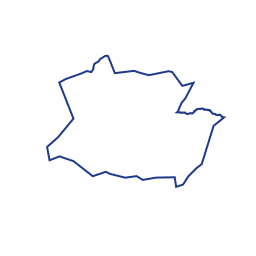 outline of Erdenesant, Töv, Mongolia, rotated 141°
{"feature_id": "93677404B9230847740032", "entity_name": "Erdenesant", "entity_type": "district", "adm_level": 2, "iso_a3": "MNG", "parent_name": "Mongolia", "parent_adm1": "Töv", "projection": "equal_earth", "projection_center": [104.186, 47.276], "detail": "fine", "context": "isolated", "style": "outline", "palette": "blue", "viewbox_px": 256, "rotation_deg": 141, "n_neighbors": 0, "source": "geoboundaries", "source_scale": "gbopen_adm2", "svg_char_len": 2346}
<svg xmlns="http://www.w3.org/2000/svg" viewBox="0 0 256 256"><g transform="rotate(141 128 128)"><path d="M98.3,196.7L100.1,198.3L106.4,199.1L108.9,198.3L113.7,199.0L116.6,197.1L117.7,195.7L121.4,194.6L124.1,198.1L130.1,199.8L145.5,205.2L152.8,206.6L164.5,169.6L187.9,164.9L202.8,164.2L209.3,152.3L199.0,149.0L197.1,145.8L191.3,136.7L185.7,112.7L172.8,107.9L170.8,103.6L161.4,91.1L151.6,85.2L149.2,78.4L137.3,71.7L122.7,60.3L127.6,52.0L120.8,49.4L111.9,52.4L100.1,53.7L93.5,53.5L60.1,75.8L55.7,75.8L46.9,75.8L46.7,75.8L46.8,75.9L47.0,76.1L47.3,76.4L47.4,76.6L47.5,76.8L47.5,77.1L47.6,77.3L47.8,77.4L48.0,77.6L48.0,78.0L47.9,78.2L47.8,78.5L47.9,78.9L48.0,79.2L48.0,79.4L48.1,79.6L48.0,79.8L48.0,80.0L48.3,80.5L48.6,80.8L48.9,80.8L49.0,81.0L49.3,81.3L49.5,81.3L50.0,81.4L50.3,81.7L50.7,82.2L50.9,82.5L51.0,82.8L51.1,83.0L51.4,83.1L51.4,83.6L51.4,83.9L51.6,84.3L52.0,84.8L52.3,84.9L52.5,85.0L52.8,85.3L52.9,85.5L53.1,85.6L53.2,85.9L53.2,86.2L53.2,86.5L53.1,86.8L53.2,87.1L53.2,87.4L53.1,87.7L53.2,87.8L53.3,87.9L53.3,88.0L53.2,88.4L53.1,88.5L53.2,88.9L53.3,89.0L53.4,89.3L53.5,89.6L53.5,89.8L53.3,90.0L53.1,90.2L53.1,90.4L53.2,90.6L53.4,90.7L53.7,90.7L53.7,91.0L53.9,91.2L54.0,91.4L54.1,91.5L54.3,91.4L54.6,91.6L54.8,91.9L55.0,92.0L55.1,92.4L55.3,92.7L55.5,93.0L56.2,93.4L56.3,93.7L56.6,93.8L56.8,93.9L56.9,94.0L57.2,94.1L57.3,94.2L57.3,94.4L57.1,94.7L57.1,95.0L57.4,95.1L57.3,95.5L57.6,95.7L57.7,95.9L57.9,96.1L58.0,96.3L58.2,96.5L58.5,96.5L59.0,96.8L59.0,97.0L59.6,97.2L59.7,97.3L59.8,97.5L60.0,97.7L60.3,97.7L60.6,98.0L61.1,98.4L61.4,98.6L61.7,98.8L62.1,98.9L62.2,99.1L62.4,99.2L62.8,99.2L63.1,99.3L63.4,99.3L63.6,99.2L63.8,99.0L64.2,99.1L64.6,99.0L64.9,99.2L65.4,99.5L65.9,99.5L66.2,99.4L66.3,99.0L66.7,98.9L66.9,98.7L68.3,98.8L69.1,99.0L69.4,99.2L69.5,99.6L69.9,99.8L70.0,100.2L71.3,100.8L71.9,100.9L73.0,101.4L73.3,101.6L73.3,101.9L73.4,102.3L73.6,102.6L74.0,103.1L74.1,103.9L74.4,104.2L74.3,104.4L74.6,104.6L74.7,104.8L75.2,105.0L75.5,105.4L76.2,105.8L76.6,105.9L76.8,106.1L76.9,106.5L77.2,106.7L77.4,106.7L77.4,106.9L77.5,107.0L77.4,107.2L77.5,107.4L80.0,109.2L80.1,109.3L79.9,109.3L79.0,109.4L76.7,110.6L74.9,111.6L73.8,112.1L70.5,113.8L64.9,114.9L48.7,121.9L59.3,126.6L58.4,143.5L60.7,146.6L74.9,154.0L78.8,156.2L84.0,163.4L87.3,168.6L103.7,178.9L99.8,191.3L98.3,196.5L98.3,196.7Z" fill="none" stroke="#1e3a8a" stroke-width="2"/></g></svg>